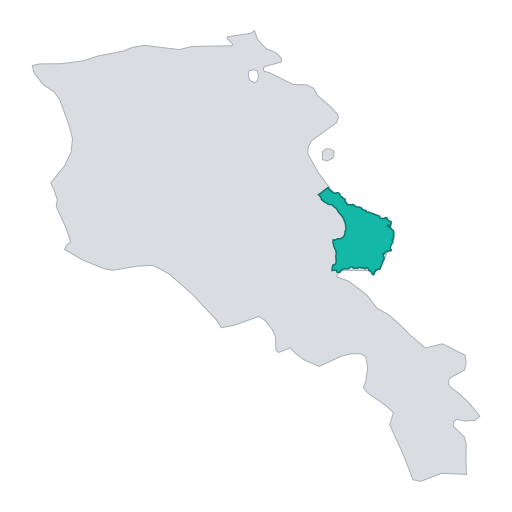 Vardenis, Gegharkunik, Armenia shown in context
{"feature_id": "60910142B17945932108202", "entity_name": "Vardenis", "entity_type": "district", "adm_level": 2, "iso_a3": "ARM", "parent_name": "Armenia", "parent_adm1": "Gegharkunik", "projection": "mercator", "projection_center": [45.706, 40.224], "detail": "fine", "context": "in_parent", "style": "filled", "palette": "teal", "viewbox_px": 512, "rotation_deg": 0, "n_neighbors": 0, "source": "geoboundaries", "source_scale": "gbopen_adm2", "svg_char_len": 7692}
<svg xmlns="http://www.w3.org/2000/svg" viewBox="0 0 512 512"><path d="M221.3,327.8L216.4,319.9L191.7,293.7L168.8,273.7L153.1,265.4L137.3,266.2L112.7,270.3L103.7,268.6L82.3,259.8L64.5,249.4L66.9,245.0L70.7,241.9L66.2,228.3L56.2,206.5L57.3,199.6L54.1,190.1L50.7,182.9L64.7,165.8L71.1,152.0L72.5,138.5L68.8,124.5L59.5,99.1L53.9,91.7L43.3,84.8L34.4,73.5L32.2,65.5L39.7,63.9L61.4,63.7L82.5,61.0L99.0,55.7L123.0,51.2L132.8,47.3L144.3,45.4L179.3,49.6L192.3,46.4L231.7,45.8L232.7,44.1L227.4,38.7L227.4,36.7L250.8,33.3L254.5,30.7L257.5,39.3L266.3,48.8L276.0,52.6L281.1,57.9L281.4,61.9L264.3,66.7L263.2,69.1L264.3,71.4L269.4,72.6L293.2,84.5L306.8,84.8L313.9,88.4L317.5,95.5L328.9,105.2L337.9,114.5L338.4,117.8L336.7,122.5L311.4,140.8L308.2,147.1L307.8,153.8L318.9,173.6L335.3,195.2L359.0,211.6L391.6,229.4L392.0,240.4L386.8,253.4L382.4,262.3L380.4,268.3L376.4,270.8L344.0,270.2L339.1,272.3L337.0,274.9L336.8,277.0L348.5,281.0L366.7,294.9L377.1,308.4L388.0,314.3L400.3,325.1L410.1,335.1L425.3,348.0L442.4,343.8L465.1,355.2L466.1,363.1L464.6,370.0L450.3,377.6L448.6,380.8L448.6,383.4L450.4,387.1L458.8,393.3L468.7,402.5L479.8,416.3L474.9,420.4L464.5,421.0L456.4,419.3L453.6,422.1L453.7,426.6L464.3,437.0L466.3,444.6L465.9,457.8L466.4,474.4L441.8,473.3L420.8,481.3L412.9,479.7L407.6,465.6L403.1,454.1L389.7,424.7L393.4,412.6L385.9,405.6L367.9,393.0L363.3,387.8L365.9,380.7L367.6,367.6L365.9,357.0L361.1,353.8L352.1,353.6L341.2,356.2L319.3,366.4L304.1,359.9L295.3,353.3L290.2,347.8L278.8,352.4L276.0,350.2L275.4,336.5L272.0,329.2L265.2,320.6L258.8,316.4L235.4,324.9L221.3,327.8ZM257.6,80.6L258.4,75.5L257.3,71.0L253.5,69.6L248.8,70.8L248.4,75.8L249.9,80.6L254.6,82.7L257.6,80.6ZM332.9,157.9L327.5,161.0L322.4,159.6L322.4,151.8L326.1,148.8L330.3,148.9L334.3,151.7L332.9,157.9Z" fill="#d9dde1" stroke="#a8b0b8" stroke-width="1"/><path d="M339.8,272.5L339.8,271.9L339.9,271.3L340.1,271.0L340.8,270.8L341.2,270.6L341.5,270.2L342.6,269.2L343.3,269.0L345.1,268.7L347.1,268.7L348.2,268.8L348.6,268.7L349.0,268.2L349.4,267.8L349.7,267.6L350.6,267.3L350.7,267.0L351.2,266.6L351.5,266.6L352.1,266.7L352.5,266.8L352.7,267.2L353.3,268.1L353.7,268.4L354.4,268.3L355.1,268.1L356.3,268.2L356.7,268.3L357.1,268.4L357.6,268.3L358.1,268.1L358.8,267.5L359.2,267.3L359.7,267.2L360.0,267.3L360.6,267.6L360.9,267.9L361.9,267.8L362.5,267.9L363.3,268.1L365.5,268.7L365.7,268.2L366.2,267.8L366.3,267.6L366.6,267.4L367.0,267.6L367.9,268.4L368.6,269.2L368.9,269.7L369.0,270.2L369.0,270.5L369.2,270.8L369.4,270.8L370.2,270.7L370.4,270.8L370.7,271.2L371.3,272.2L371.3,272.6L371.5,273.0L371.9,273.5L372.0,273.5L372.4,273.7L373.0,274.7L373.3,274.8L373.7,274.7L374.0,274.4L374.1,274.1L374.3,273.7L374.2,273.1L374.3,272.4L375.5,271.4L375.6,270.7L375.6,270.3L375.8,270.0L376.3,269.9L377.1,270.0L378.1,269.0L378.4,268.8L378.8,269.0L379.1,269.1L379.8,269.1L380.1,269.0L380.3,268.2L380.4,267.8L380.6,267.4L380.6,267.0L380.8,266.8L380.9,266.6L381.2,265.8L381.4,265.3L381.9,264.0L382.1,263.4L382.4,263.0L382.6,262.7L382.4,262.0L382.4,261.7L382.6,261.5L382.9,261.2L383.1,261.0L383.1,260.7L383.3,260.4L383.7,259.8L384.0,259.4L384.2,259.1L384.2,258.7L384.1,258.4L384.2,257.5L383.4,256.4L383.3,255.9L383.2,255.3L383.4,254.5L383.0,254.1L383.0,253.9L383.1,253.7L383.5,253.6L383.9,253.8L384.5,253.7L384.9,253.2L385.1,252.8L385.3,252.5L385.6,251.8L385.8,251.7L386.2,251.5L386.5,251.4L386.9,251.4L387.3,251.4L387.6,251.4L388.1,251.1L388.5,251.1L388.7,250.9L389.0,250.9L389.2,250.7L389.6,250.6L389.8,250.6L390.1,250.9L390.3,250.9L390.7,250.7L391.1,250.6L391.3,250.5L391.4,250.1L391.3,249.9L391.1,249.7L390.8,249.3L390.5,248.7L390.4,248.3L390.4,248.0L390.3,247.8L390.4,247.4L390.6,246.3L390.9,245.5L391.7,244.0L392.2,243.1L392.9,242.1L393.0,241.7L392.9,241.2L392.8,240.9L392.3,240.4L392.1,240.1L392.4,239.9L393.0,239.5L393.1,239.2L393.2,238.8L393.1,238.1L393.4,238.0L393.6,237.9L393.7,237.4L393.7,236.5L393.8,236.1L393.9,235.6L393.3,234.9L393.2,234.4L393.3,234.2L393.6,234.1L393.7,233.8L394.0,233.7L393.9,233.4L393.8,233.2L393.7,232.7L393.6,232.4L393.7,231.6L393.1,230.4L392.7,230.1L392.0,229.6L391.8,229.4L391.3,229.1L391.1,228.8L391.1,228.5L391.0,228.2L390.7,228.1L390.2,227.8L389.4,227.2L389.0,227.1L388.7,227.0L388.4,226.7L387.8,226.5L387.6,226.3L387.4,225.9L387.3,225.6L387.6,224.9L388.0,224.8L388.5,225.4L388.7,225.8L389.9,226.1L390.2,226.3L390.4,226.3L390.5,225.8L390.7,225.3L390.8,225.0L390.8,224.6L391.1,223.9L391.1,221.7L390.7,221.5L390.4,221.5L389.9,221.3L389.5,221.1L389.1,221.0L388.2,220.0L387.4,219.6L387.2,219.3L387.2,219.1L387.0,218.6L387.0,218.4L386.9,217.9L386.9,217.7L386.3,217.7L385.6,217.7L385.2,217.6L384.5,218.4L384.2,218.5L383.9,218.5L383.1,218.3L382.8,218.3L382.4,218.5L382.0,218.6L381.8,218.6L381.5,218.5L381.2,218.4L380.7,218.2L380.1,217.8L379.8,217.7L379.7,217.5L379.7,216.8L379.6,216.5L379.1,216.0L378.7,215.8L377.6,215.5L377.0,215.2L375.1,214.7L374.6,214.3L374.0,214.0L373.1,213.7L372.6,213.5L372.3,213.5L371.8,213.3L371.5,213.2L371.2,213.0L370.8,213.0L370.0,212.8L369.7,212.7L369.3,212.1L368.8,212.1L368.4,212.2L367.5,212.1L367.2,212.0L366.5,211.9L366.4,211.8L366.3,211.5L366.3,211.1L366.0,210.6L365.5,210.4L364.6,210.3L364.2,210.2L363.9,210.0L363.6,210.0L362.4,209.1L362.1,209.1L361.8,209.0L361.8,208.8L361.8,208.5L361.8,208.3L361.4,208.1L361.3,207.9L361.1,207.8L360.7,207.6L359.8,207.3L359.5,207.0L359.2,207.0L358.7,207.2L358.0,207.4L357.6,207.3L357.3,207.1L357.1,206.8L356.8,206.6L356.5,206.6L355.9,206.4L355.4,206.3L355.0,206.2L354.8,205.9L354.5,205.7L354.1,205.6L353.9,205.4L353.8,205.1L353.8,204.7L353.6,204.6L353.3,204.6L353.0,204.7L352.6,204.7L352.4,204.4L352.1,204.5L351.9,204.6L351.3,204.9L350.1,204.8L349.5,204.6L348.5,204.7L347.8,204.6L347.5,204.6L347.1,204.5L346.8,204.3L346.7,204.1L346.6,203.7L346.7,203.0L346.6,202.7L346.1,202.4L345.8,202.2L345.1,201.8L345.1,201.1L345.1,200.8L345.0,200.5L344.9,200.2L345.0,200.0L345.1,199.6L345.2,199.3L344.5,198.9L343.9,198.5L343.2,198.2L342.8,197.7L342.5,197.7L342.3,197.5L342.1,197.2L341.7,196.7L341.3,196.6L340.9,196.4L340.4,196.0L340.1,195.4L340.0,195.0L339.9,194.4L339.8,193.9L339.4,193.5L338.9,193.2L338.5,192.9L338.1,192.7L337.6,192.7L337.0,193.0L336.4,192.8L336.0,192.9L335.2,193.4L334.7,193.2L334.1,193.1L333.3,192.6L332.9,192.2L332.1,191.7L331.7,191.3L331.3,191.1L331.0,190.8L330.8,190.6L330.4,190.5L329.6,190.1L329.3,189.7L328.8,189.1L328.7,188.6L328.6,187.9L328.4,187.6L328.0,187.6L327.7,187.8L327.5,188.0L327.3,188.0L327.2,188.1L320.7,193.2L318.5,194.6L319.4,195.4L319.8,195.9L320.0,196.2L320.4,196.9L321.0,197.7L321.3,198.4L321.3,199.1L321.3,199.3L321.4,199.5L322.1,200.0L323.5,201.2L324.7,202.1L325.9,202.6L326.3,202.9L327.6,203.9L328.7,204.4L330.0,204.5L331.4,204.6L331.8,204.7L332.1,204.9L332.3,205.1L333.5,206.4L334.0,206.9L334.5,207.2L335.1,207.5L335.5,207.8L335.9,208.1L336.3,208.5L336.8,209.1L337.4,210.0L337.6,210.4L337.7,210.9L338.0,211.3L338.3,212.0L338.7,212.5L340.1,213.9L341.2,215.2L341.7,215.9L342.8,217.4L343.1,217.9L343.3,218.4L343.7,219.2L344.2,220.5L344.3,220.9L344.7,221.6L345.0,222.8L345.5,224.5L345.6,225.1L345.8,225.6L345.7,227.0L345.9,227.5L346.0,228.2L346.0,228.3L345.8,229.3L345.4,230.7L345.3,231.0L345.1,231.3L345.0,231.7L345.0,232.4L344.9,233.4L344.9,234.3L344.8,234.5L344.3,235.3L344.0,235.9L343.3,236.8L342.6,237.4L341.8,237.9L340.9,238.6L340.5,238.7L339.9,238.8L339.2,238.8L338.7,238.7L337.8,238.8L337.4,238.9L337.0,239.1L335.6,239.9L335.3,240.0L334.9,239.8L334.4,239.9L333.9,240.1L333.7,240.1L333.1,240.0L333.0,242.4L333.6,245.4L334.5,247.8L335.8,250.5L336.3,253.7L335.9,255.3L335.9,257.6L336.2,261.4L335.7,263.9L334.5,264.5L332.9,265.0L332.5,266.7L332.1,268.2L332.1,270.6L334.8,270.0L335.8,270.1L336.4,270.4L336.6,270.8L336.6,271.7L337.0,272.1L338.3,272.4L339.8,272.5Z" fill="#14b8a6" stroke="#0f766e" stroke-width="1.5"/></svg>